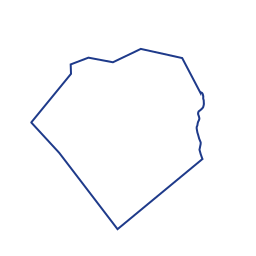 Labayee, Castries, Saint Lucia, rotated 61°
{"feature_id": "8701671B83780855203463", "entity_name": "Labayee", "entity_type": "district", "adm_level": 2, "iso_a3": "LCA", "parent_name": "Saint Lucia", "parent_adm1": "Castries", "projection": "mercator", "projection_center": [-60.972, 13.941], "detail": "fine", "context": "isolated", "style": "outline", "palette": "blue", "viewbox_px": 256, "rotation_deg": 61, "n_neighbors": 0, "source": "geoboundaries", "source_scale": "gbopen_adm2", "svg_char_len": 1869}
<svg xmlns="http://www.w3.org/2000/svg" viewBox="0 0 256 256"><g transform="rotate(61 128 128)"><path d="M76.4,209.9L116.4,200.2L211.4,186.2L191.2,77.9L190.9,77.9L186.1,77.1L181.6,76.0L180.7,75.2L177.2,72.2L175.8,71.4L171.7,70.9L170.1,70.5L167.6,69.9L165.6,69.5L161.8,68.2L160.5,67.5L159.3,66.0L157.7,64.8L156.5,63.6L156.4,63.4L156.2,63.1L156.0,62.8L155.8,62.6L155.7,62.4L155.5,62.1L155.3,62.0L155.2,61.8L155.1,61.7L154.8,61.4L154.7,61.2L154.3,61.0L154.2,61.0L154.0,60.9L153.8,60.8L153.6,60.7L153.4,60.7L153.2,60.6L152.8,60.5L152.6,60.5L152.4,60.4L152.2,60.4L151.8,60.3L151.6,60.2L151.4,60.2L151.2,60.2L150.7,60.1L150.4,60.1L150.1,60.0L149.9,59.9L149.7,59.9L149.3,59.7L149.2,59.5L149.0,59.4L148.8,59.3L148.6,59.2L148.4,58.9L148.2,58.8L148.1,58.6L147.9,58.3L147.8,58.1L147.7,58.0L147.7,57.7L147.6,57.3L147.6,57.1L147.6,56.9L147.5,56.7L147.5,56.3L147.5,56.1L147.4,55.9L147.4,55.7L147.3,55.3L147.2,55.1L147.2,54.8L147.1,54.7L147.0,54.4L147.0,54.1L146.9,53.9L146.9,53.7L146.7,53.3L146.6,53.1L146.6,52.9L146.4,52.5L146.3,52.3L146.1,52.1L145.9,51.8L145.7,51.7L145.4,51.4L145.2,51.2L144.9,50.9L144.7,50.7L144.3,50.4L144.1,50.2L143.9,50.1L143.7,49.9L143.3,49.8L143.2,49.7L142.8,49.5L142.6,49.4L142.4,49.3L142.2,49.2L141.9,49.1L141.6,48.9L141.4,48.8L141.2,48.7L140.8,48.5L140.6,48.4L140.3,48.3L140.1,48.3L139.8,48.2L139.7,48.2L139.4,48.1L139.2,48.1L138.9,48.0L138.6,47.9L138.4,47.8L138.2,47.7L137.9,47.5L137.8,47.4L137.6,47.3L137.4,47.2L137.2,47.0L136.8,46.9L136.6,46.8L136.3,46.7L136.1,46.6L135.9,46.5L135.7,46.5L135.5,46.4L135.3,46.4L135.0,46.3L134.8,46.3L134.6,46.2L134.4,46.2L134.2,46.2L133.8,46.2L133.6,46.2L133.4,46.2L133.2,46.3L132.8,46.5L132.6,46.7L132.5,46.8L132.3,46.9L132.2,47.0L131.9,47.1L131.7,47.2L132.3,47.6L93.1,46.7L65.0,78.5L65.0,79.1L63.2,109.3L47.3,128.5L44.6,147.3L53.0,151.6L76.1,209.6L76.4,209.9Z" fill="none" stroke="#1e3a8a" stroke-width="2"/></g></svg>